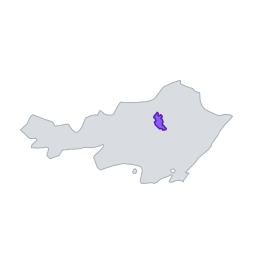 Nairi, Kotayk, Armenia shown in context, rotated 135°
{"feature_id": "60910142B16910002404560", "entity_name": "Nairi", "entity_type": "district", "adm_level": 2, "iso_a3": "ARM", "parent_name": "Armenia", "parent_adm1": "Kotayk", "projection": "robinson", "projection_center": [44.476, 40.372], "detail": "fine", "context": "in_parent", "style": "filled", "palette": "violet", "viewbox_px": 256, "rotation_deg": 135, "n_neighbors": 0, "source": "geoboundaries", "source_scale": "gbopen_adm2", "svg_char_len": 2674}
<svg xmlns="http://www.w3.org/2000/svg" viewBox="0 0 256 256"><g transform="rotate(135 128 128)"><path d="M114.9,151.7L113.1,149.0L104.0,140.0L95.6,133.1L89.9,130.2L84.1,130.5L75.1,131.9L71.7,131.3L63.9,128.3L57.4,124.8L58.3,123.3L59.7,122.2L58.0,117.6L54.4,110.2L54.8,107.8L53.7,104.6L52.4,102.2L57.6,96.4L59.9,91.7L60.4,87.1L59.1,82.4L55.8,73.8L53.7,71.4L49.8,69.0L46.6,65.2L45.8,62.5L48.5,62.0L56.5,61.9L64.2,61.0L70.2,59.3L78.9,57.8L82.5,56.4L86.7,55.8L99.5,57.2L104.2,56.1L118.6,55.9L119.0,55.4L117.0,53.6L117.0,52.9L125.6,51.7L126.9,50.9L128.0,53.8L131.2,56.9L134.7,58.2L136.6,60.0L136.7,61.3L130.5,62.9L130.1,63.8L130.5,64.5L132.4,64.9L141.1,68.9L146.0,69.0L148.6,70.3L149.9,72.6L154.1,75.9L157.4,79.1L157.6,80.1L157.0,81.7L147.8,87.9L146.6,90.1L146.5,92.3L150.6,99.0L156.6,106.3L165.3,111.9L177.3,118.0L177.5,121.7L175.6,126.1L174.0,129.2L173.3,131.2L171.8,132.1L159.9,131.9L158.1,132.6L157.4,133.5L157.3,134.2L161.6,135.6L168.3,140.4L172.2,145.0L176.2,147.1L180.7,150.8L184.3,154.2L190.0,158.7L196.2,157.3L204.6,161.2L205.0,163.9L204.5,166.4L199.2,169.0L198.6,170.1L198.6,171.0L199.3,172.3L202.4,174.4L206.0,177.6L210.2,182.4L208.4,183.9L204.6,184.1L201.6,183.5L200.5,184.4L200.6,186.0L204.5,189.6L205.3,192.3L205.1,196.9L205.4,202.7L196.3,202.3L188.6,205.1L185.7,204.6L183.7,199.6L182.0,195.6L177.0,185.3L178.3,181.1L175.6,178.7L168.9,174.3L167.2,172.5L168.2,170.1L168.8,165.5L168.1,161.8L166.3,160.7L163.0,160.7L159.0,161.6L151.0,165.1L145.4,162.9L142.1,160.6L140.3,158.7L136.1,160.2L135.1,159.5L134.8,154.7L133.6,152.2L131.0,149.2L128.7,147.8L120.1,150.7L114.9,151.7ZM128.1,67.6L128.3,65.9L127.9,64.4L126.5,63.9L124.8,64.3L124.7,66.0L125.2,67.6L127.0,68.3L128.1,67.6ZM155.7,93.7L153.7,94.7L151.8,94.3L151.8,91.7L153.2,90.6L154.7,90.7L156.2,91.6L155.7,93.7Z" fill="#d9dde1" stroke="#a8b0b8" stroke-width="1"/><path d="M102.4,100.1L102.0,100.2L101.4,100.5L101.3,100.8L101.3,101.2L101.4,101.6L101.4,102.5L101.1,104.0L101.0,104.9L101.3,105.2L101.6,105.5L101.6,105.8L101.1,106.4L100.3,107.1L99.3,107.2L99.0,107.8L98.6,108.1L98.4,108.4L97.9,109.6L97.7,110.2L97.7,110.8L97.9,111.4L97.8,111.7L97.3,111.7L97.0,111.6L96.5,111.6L95.9,111.8L95.5,112.2L95.4,112.5L95.5,113.1L95.4,113.9L95.5,114.3L96.0,114.4L96.5,114.2L96.9,114.2L97.5,114.9L97.8,115.4L97.8,115.5L97.7,115.7L96.7,116.3L96.7,116.7L96.4,117.1L96.2,117.4L96.2,117.8L96.3,118.3L97.0,118.3L97.7,118.2L98.3,118.1L99.2,118.2L99.7,118.1L100.0,118.0L100.4,117.6L101.2,117.9L101.5,117.8L101.9,117.5L102.2,117.4L102.4,116.3L102.4,114.8L103.1,113.4L104.3,113.3L105.2,113.5L105.8,111.6L106.4,111.1L106.3,108.9L106.3,105.2L104.4,103.4L104.9,101.8L102.4,100.1Z" fill="#8b5cf6" stroke="#5b21b6" stroke-width="1.5"/></g></svg>